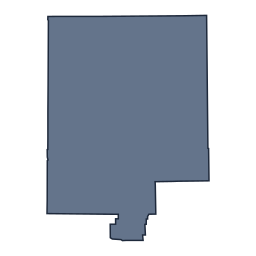 Converse, Wyoming, United States of America
{"feature_id": "52423323B34059726756827", "entity_name": "Converse", "entity_type": "district", "adm_level": 2, "iso_a3": "USA", "parent_name": "United States of America", "parent_adm1": "Wyoming", "projection": "orthographic", "projection_center": [-105.578, 42.894], "detail": "fine", "context": "isolated", "style": "filled", "palette": "slate", "viewbox_px": 256, "rotation_deg": 0, "n_neighbors": 0, "source": "geoboundaries", "source_scale": "gbopen_adm2", "svg_char_len": 684}
<svg xmlns="http://www.w3.org/2000/svg" viewBox="0 0 256 256"><path d="M47.0,213.6L47.3,213.6L118.3,214.3L118.3,218.8L115.6,218.8L115.6,224.2L110.2,224.2L110.3,237.7L112.3,239.0L121.1,239.6L122.4,240.6L126.0,240.4L143.1,240.4L142.6,235.0L145.4,235.0L144.9,224.4L146.2,224.3L146.3,219.0L147.6,219.0L147.6,216.4L148.9,214.2L155.6,214.1L155.8,214.1L155.3,185.5L155.1,181.7L173.0,181.4L178.1,181.2L195.8,181.0L209.0,180.8L208.6,148.5L207.9,148.3L206.6,15.4L182.4,15.8L100.8,16.4L56.1,16.4L47.9,16.5L47.8,19.6L48.4,20.6L48.1,84.8L47.9,112.2L47.9,138.1L47.8,149.5L47.2,149.6L47.3,157.1L48.0,160.0L47.3,160.6L47.2,200.6L47.0,213.6Z" fill="#64748b" stroke="#1e293b" stroke-width="1.5"/></svg>